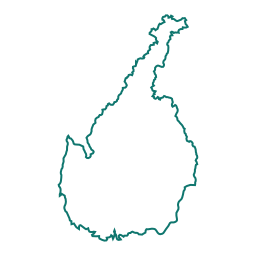 Lagamar, Minas Gerais, Brazil
{"feature_id": "56859067B50516216236551", "entity_name": "Lagamar", "entity_type": "district", "adm_level": 2, "iso_a3": "BRA", "parent_name": "Brazil", "parent_adm1": "Minas Gerais", "projection": "robinson", "projection_center": [-46.726, -18.028], "detail": "fine", "context": "isolated", "style": "outline", "palette": "teal", "viewbox_px": 256, "rotation_deg": 0, "n_neighbors": 0, "source": "geoboundaries", "source_scale": "gbopen_adm2", "svg_char_len": 5802}
<svg xmlns="http://www.w3.org/2000/svg" viewBox="0 0 256 256"><path d="M69.5,218.5L69.9,220.4L71.4,221.2L71.4,222.8L71.5,224.2L73.9,223.5L76.1,226.9L77.0,227.7L79.0,229.0L79.0,226.7L79.5,225.5L80.6,225.2L83.9,227.7L84.9,228.5L86.1,229.2L88.2,228.3L88.7,230.4L89.5,231.7L90.8,232.0L92.4,232.0L93.6,231.7L95.0,231.9L94.1,233.4L92.0,234.9L92.5,236.1L96.2,236.3L99.1,236.1L99.1,237.4L99.5,238.6L102.2,239.9L104.4,240.6L106.4,240.4L107.2,239.2L106.7,237.7L109.4,237.3L110.6,236.5L111.2,235.2L112.1,235.9L112.6,237.5L113.0,238.8L113.7,237.4L114.3,235.6L114.8,233.4L115.9,234.6L116.2,235.9L116.6,237.7L117.2,239.3L118.4,239.9L119.4,239.8L120.8,239.5L120.2,238.5L119.0,237.7L118.8,235.7L119.9,234.8L121.3,235.2L123.6,236.7L124.3,235.7L127.0,235.7L127.8,234.9L128.2,233.5L129.3,233.0L130.5,233.0L131.5,232.0L132.6,231.7L133.8,232.4L135.6,232.9L136.9,232.8L138.1,233.4L138.8,234.3L142.1,234.6L143.2,233.8L145.4,232.6L145.7,230.4L146.5,229.2L148.0,229.3L152.0,228.7L154.1,228.9L155.3,229.4L156.3,230.6L157.6,232.6L158.7,233.7L160.1,234.2L162.1,233.8L163.3,233.1L164.3,231.7L166.0,229.1L168.4,225.9L169.9,223.1L171.1,222.4L173.8,222.4L175.3,221.9L176.5,221.1L177.0,220.1L176.9,218.6L176.4,215.6L176.4,212.9L178.4,209.2L178.5,207.2L178.1,205.7L178.0,204.5L178.3,203.0L178.9,201.6L181.5,199.0L182.2,197.5L183.0,194.5L183.6,191.2L184.7,189.6L184.9,188.6L184.7,187.3L186.9,186.0L190.4,184.9L195.0,185.1L195.2,183.9L195.2,182.2L195.7,181.0L195.7,179.5L195.4,178.1L194.7,177.2L193.9,175.7L193.8,174.4L194.4,173.3L194.9,171.5L194.9,169.7L195.4,168.2L195.6,166.2L196.0,164.8L197.2,164.2L196.6,162.0L195.7,160.5L196.3,159.1L197.1,158.2L197.3,157.1L197.0,155.6L196.3,154.5L196.3,153.3L195.9,152.2L195.7,149.9L195.4,148.6L194.6,146.7L193.2,146.3L192.4,144.9L192.7,143.3L192.0,142.2L191.1,141.4L190.0,141.1L189.2,141.8L188.3,141.4L186.9,140.7L186.4,138.7L186.9,136.8L185.9,135.2L185.7,133.9L184.7,133.1L184.3,131.5L184.3,129.9L184.7,128.8L183.7,128.2L182.9,126.5L182.1,125.2L179.7,122.6L178.9,121.4L178.0,120.7L177.4,119.8L177.3,118.3L176.5,116.8L175.4,116.0L176.5,113.4L177.3,112.1L177.7,110.8L177.6,109.2L177.0,108.0L176.6,106.6L176.1,105.6L175.1,105.0L174.1,105.9L172.6,106.7L172.0,105.8L171.9,104.3L172.8,102.2L172.3,100.5L172.0,98.8L171.2,98.2L170.2,97.8L169.0,97.6L167.6,97.1L166.2,97.1L165.3,96.4L164.1,96.0L162.9,97.5L160.7,98.1L160.1,99.6L159.0,99.2L158.6,97.5L157.7,97.0L156.7,98.2L155.4,98.8L154.2,98.2L154.0,96.9L152.5,96.3L153.3,95.1L154.6,94.2L153.9,93.3L154.8,92.5L155.6,91.3L154.7,91.0L153.7,91.1L152.6,90.5L152.1,89.0L151.2,87.5L152.5,86.4L153.9,85.6L152.9,84.4L152.9,83.0L153.6,82.0L154.0,80.0L155.2,79.2L155.2,77.8L156.1,77.1L155.8,75.1L154.8,73.8L154.5,72.4L153.9,71.4L154.8,70.4L155.1,69.3L155.1,67.8L156.3,66.3L157.4,65.7L158.6,65.7L161.7,66.9L163.1,66.8L163.9,65.7L164.0,64.3L163.3,63.2L163.3,62.0L163.8,60.6L165.1,59.4L165.5,57.9L165.5,56.3L166.5,54.8L166.8,53.7L167.7,53.0L168.2,50.7L168.4,47.3L168.2,45.7L167.2,44.7L167.4,43.1L168.3,42.3L168.7,41.0L169.6,39.7L170.4,39.2L170.4,38.0L169.9,36.9L170.5,35.6L172.3,35.3L170.8,32.3L171.8,31.7L172.8,32.0L173.8,33.0L175.1,32.4L176.3,32.6L177.7,32.5L178.7,32.7L178.4,31.2L179.0,29.9L180.5,29.1L182.5,29.0L182.8,27.3L184.5,27.6L186.3,27.5L187.7,26.8L187.2,25.9L186.5,24.9L185.7,24.2L184.9,21.1L186.2,20.1L185.5,19.3L184.8,18.1L183.7,18.3L182.5,18.2L181.3,19.5L178.2,20.8L177.1,21.1L175.6,20.4L174.5,19.4L173.3,18.8L172.1,19.0L171.5,17.2L172.4,16.4L171.1,15.7L170.5,16.8L169.5,17.5L168.5,17.7L168.4,16.4L167.4,15.4L165.8,15.4L164.9,16.6L163.1,16.9L162.3,18.3L162.4,19.7L163.4,20.0L164.1,20.9L164.5,22.1L163.2,22.6L160.7,24.2L159.8,23.7L159.0,24.6L157.5,28.9L156.5,29.4L155.5,30.2L154.7,29.2L153.4,28.5L152.6,29.2L151.6,29.2L151.6,30.7L150.6,32.0L149.7,32.7L149.6,34.0L153.9,36.2L155.1,37.0L156.1,38.0L155.9,39.3L156.5,40.7L157.7,41.8L157.1,43.4L155.9,42.4L154.7,42.6L153.6,43.0L153.8,44.7L152.2,45.0L150.7,45.1L149.7,46.7L149.6,48.0L150.2,49.3L149.4,50.2L148.4,50.7L147.9,51.8L148.1,53.2L146.9,53.5L144.1,55.4L143.4,56.6L144.3,57.3L143.8,58.3L142.0,58.6L140.4,58.3L139.2,58.7L137.8,59.4L137.3,61.2L136.7,62.8L136.0,62.0L136.0,65.0L135.6,66.1L134.0,66.4L133.0,66.8L132.9,68.3L133.5,69.4L133.5,71.3L132.2,72.4L132.7,73.6L132.1,75.2L130.3,74.6L128.7,75.0L128.2,76.6L127.3,76.9L126.8,78.0L125.7,78.2L124.6,81.6L125.3,82.4L126.8,85.2L126.2,86.7L125.3,87.6L122.8,87.9L122.8,89.6L121.4,92.2L121.1,93.4L120.0,94.4L119.0,95.1L118.3,96.4L118.3,97.9L118.1,99.0L117.2,99.6L116.9,101.0L115.6,102.0L114.4,102.1L113.9,103.4L112.8,104.8L111.5,104.8L110.4,104.6L109.1,103.4L107.9,104.1L107.8,105.4L106.5,106.1L106.2,108.0L105.0,109.4L103.6,109.4L102.4,109.7L102.8,111.3L102.1,114.3L100.8,115.1L99.7,115.0L99.0,116.0L98.5,117.1L97.5,117.4L96.7,117.9L95.6,118.9L95.2,120.8L95.5,122.8L93.3,124.6L91.8,128.4L91.5,129.9L91.6,131.1L90.8,133.6L89.9,134.7L88.5,135.5L87.4,136.5L86.5,137.8L87.2,139.5L87.5,140.9L87.6,142.6L88.5,143.8L89.2,145.0L89.5,146.2L90.8,148.2L91.3,149.5L93.2,150.8L93.7,151.9L93.0,153.3L90.6,154.3L90.7,156.0L90.1,157.1L89.0,157.8L88.1,158.1L86.9,157.9L85.9,157.0L86.3,155.6L86.0,153.9L85.0,152.1L84.4,150.6L83.6,149.3L83.2,146.5L79.4,144.7L75.9,144.5L74.5,144.3L73.7,143.6L73.3,142.1L72.7,140.6L71.8,139.5L70.9,138.5L69.5,138.2L69.0,136.9L68.3,135.8L67.5,136.8L67.2,138.3L66.5,139.9L66.8,141.2L67.7,142.6L67.8,144.2L67.1,146.6L67.0,150.2L66.5,151.5L65.8,154.3L63.5,158.3L63.6,161.7L62.6,164.9L62.7,166.5L62.3,168.1L61.5,169.2L60.8,172.2L60.9,173.9L61.4,175.0L61.3,177.5L60.9,181.1L60.5,182.6L59.6,184.0L58.7,184.8L59.1,186.4L60.0,187.5L60.5,188.8L60.6,190.1L60.4,192.6L59.8,194.2L59.8,195.8L60.8,195.1L61.8,193.9L64.7,195.7L65.0,197.6L65.6,198.9L65.9,201.8L65.6,203.7L65.1,205.1L64.5,206.3L64.3,207.9L64.6,209.1L65.5,211.3L66.7,212.2L69.5,218.5ZM114.8,233.4L114.0,231.7L114.5,230.3L115.0,231.7L114.8,233.4Z" fill="none" stroke="#0f766e" stroke-width="2"/></svg>